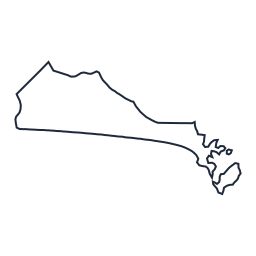 the district of Arraial do Cabo, Rio de Janeiro, Brazil
{"feature_id": "56859067B77221127039248", "entity_name": "Arraial do Cabo", "entity_type": "district", "adm_level": 2, "iso_a3": "BRA", "parent_name": "Brazil", "parent_adm1": "Rio de Janeiro", "projection": "natural_earth1", "projection_center": [-42.098, -22.939], "detail": "fine", "context": "isolated", "style": "outline", "palette": "slate", "viewbox_px": 256, "rotation_deg": 0, "n_neighbors": 0, "source": "geoboundaries", "source_scale": "gbopen_adm2", "svg_char_len": 2478}
<svg xmlns="http://www.w3.org/2000/svg" viewBox="0 0 256 256"><path d="M16.7,127.6L19.6,129.0L22.4,129.1L25.4,129.1L28.5,129.4L30.9,129.5L33.2,129.6L36.6,129.8L40.4,130.0L43.5,130.0L46.8,130.3L49.4,130.4L51.7,130.6L54.1,130.7L56.5,131.0L58.8,131.1L61.0,131.2L63.5,131.5L65.9,131.6L69.2,131.9L72.2,132.2L75.7,132.4L79.3,132.6L82.6,132.9L85.0,133.2L87.5,133.4L90.6,133.6L93.8,133.9L97.4,134.3L101.3,134.5L105.4,135.1L108.3,135.3L111.1,135.7L114.4,136.0L117.3,136.4L119.9,136.6L122.5,136.7L125.1,137.3L128.8,137.6L131.8,137.8L134.7,138.2L137.9,138.6L140.7,138.8L142.9,139.2L145.6,139.6L148.3,139.8L151.5,140.2L154.7,140.8L157.0,141.1L159.5,141.5L162.4,141.9L166.4,142.6L169.4,143.2L172.4,143.9L175.8,144.7L178.5,145.4L181.4,146.2L183.5,147.0L185.5,147.8L187.8,148.9L190.1,150.1L192.0,151.2L194.1,152.9L196.4,155.2L198.3,158.8L197.0,162.3L199.3,165.3L202.6,166.1L205.6,166.5L207.5,167.9L208.8,170.1L209.7,173.7L212.0,177.7L212.7,174.1L212.6,171.6L214.6,169.4L215.9,166.5L214.3,163.8L211.9,162.7L208.3,163.0L207.0,158.5L208.9,155.7L212.3,157.1L211.0,153.9L211.6,150.9L214.5,151.4L216.6,152.2L219.1,154.4L220.7,151.6L224.0,150.3L225.3,148.1L223.6,146.2L220.4,146.0L218.2,148.0L215.7,147.0L216.3,142.9L217.7,139.9L214.2,140.2L211.5,142.1L209.9,143.9L208.3,146.7L205.0,147.0L203.0,144.2L204.0,141.6L204.2,138.8L204.7,135.1L201.7,134.7L198.0,134.3L197.1,131.0L195.9,129.0L195.0,125.9L194.7,122.0L192.2,123.2L178.9,123.1L163.2,122.9L158.0,122.8L155.6,122.0L152.1,120.3L146.3,117.1L140.5,112.0L136.0,106.4L133.4,101.7L131.3,101.3L129.2,100.2L126.2,98.8L124.1,97.5L121.6,95.7L119.3,94.2L117.0,92.9L114.8,91.1L112.1,89.7L109.5,87.5L107.3,84.8L104.8,82.2L103.0,80.3L101.6,78.1L100.3,75.4L99.0,72.6L96.6,71.4L94.2,72.5L91.2,73.8L88.1,73.6L86.0,72.9L83.6,72.5L81.1,73.0L78.2,74.8L75.7,76.2L73.7,76.6L70.8,76.6L67.9,75.2L53.4,70.6L48.5,62.0L39.8,71.0L16.6,94.1L18.3,97.8L19.8,100.8L20.8,105.1L20.5,109.4L19.5,112.5L18.0,114.5L16.2,116.5L15.4,119.1L15.8,122.8L16.7,127.6ZM234.4,182.3L236.3,180.7L237.9,178.7L238.8,175.8L240.6,173.5L239.8,170.3L238.5,167.6L238.4,163.8L235.2,163.1L233.1,164.7L230.8,166.4L228.8,168.1L226.8,170.4L223.8,173.9L220.8,174.2L219.7,176.8L219.7,179.6L219.1,182.1L217.0,183.9L215.2,182.7L212.9,181.7L213.2,184.2L214.9,186.2L216.9,188.5L218.4,192.5L222.2,194.0L223.5,190.5L224.0,187.7L226.8,185.8L229.9,184.8L232.7,184.7L234.4,182.3ZM230.8,153.1L231.8,150.3L228.6,149.5L226.8,150.8L226.8,153.7L228.8,154.4L230.8,153.1Z" fill="none" stroke="#1e293b" stroke-width="2"/></svg>